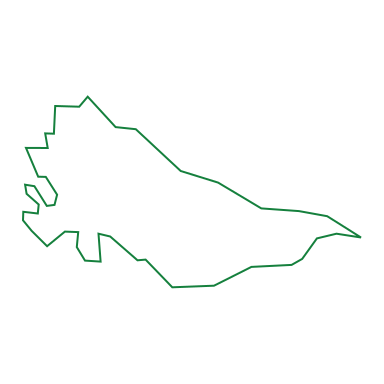 outline of Taylak, Samarkand, Uzbekistan
{"feature_id": "79887680B65824401013757", "entity_name": "Taylak", "entity_type": "district", "adm_level": 2, "iso_a3": "UZB", "parent_name": "Uzbekistan", "parent_adm1": "Samarkand", "projection": "equal_earth", "projection_center": [67.152, 39.543], "detail": "fine", "context": "isolated", "style": "outline", "palette": "green", "viewbox_px": 384, "rotation_deg": 0, "n_neighbors": 0, "source": "geoboundaries", "source_scale": "gbopen_adm2", "svg_char_len": 652}
<svg xmlns="http://www.w3.org/2000/svg" viewBox="0 0 384 384"><path d="M361.0,237.5L327.2,216.2L299.0,211.1L261.3,208.4L218.1,182.6L180.7,171.0L135.8,129.2L115.6,127.1L87.7,96.7L79.2,106.7L55.2,106.0L53.9,133.7L45.2,133.4L47.7,148.0L26.0,147.9L38.2,176.7L45.8,176.9L57.1,194.7L54.5,204.9L46.8,205.9L34.4,186.2L25.1,184.7L26.6,193.8L38.7,204.5L37.8,213.5L23.3,211.8L23.0,220.3L31.6,230.8L47.1,246.2L64.9,231.6L78.2,232.1L76.8,247.1L85.0,260.6L100.6,261.6L98.5,233.7L110.2,236.5L137.5,260.3L145.6,259.6L172.3,287.3L214.0,285.7L251.4,266.9L291.6,264.9L302.2,258.9L316.9,238.4L336.5,233.7L361.0,237.5Z" fill="none" stroke="#15803d" stroke-width="2"/></svg>